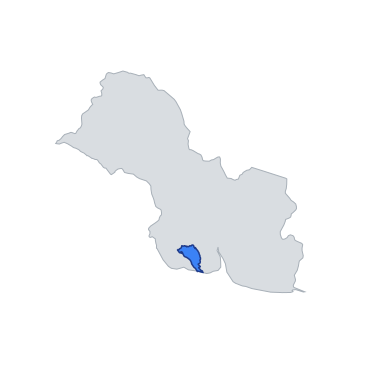 V-1 Mahaica/Mahaicony, Mahaica-Berbice, Guyana (highlighted), rotated 146°
{"feature_id": "73187651B37503921444880", "entity_name": "V-1 Mahaica/Mahaicony", "entity_type": "district", "adm_level": 2, "iso_a3": "GUY", "parent_name": "Guyana", "parent_adm1": "Mahaica-Berbice", "projection": "robinson", "projection_center": [-57.895, 6.278], "detail": "fine", "context": "in_parent", "style": "filled", "palette": "blue", "viewbox_px": 384, "rotation_deg": 146, "n_neighbors": 0, "source": "geoboundaries", "source_scale": "gbopen_adm2", "svg_char_len": 6403}
<svg xmlns="http://www.w3.org/2000/svg" viewBox="0 0 384 384"><g transform="rotate(146 192 192)"><path d="M128.7,179.0L121.3,169.7L113.9,160.3L106.6,151.0L106.1,149.8L109.2,145.4L111.9,142.2L114.2,140.4L115.3,138.8L114.5,132.1L114.5,129.6L113.4,127.0L112.7,124.0L113.6,121.5L114.7,119.8L116.1,119.1L119.6,118.5L122.0,118.3L122.8,117.3L124.2,116.1L126.1,116.1L129.7,116.9L131.3,115.4L134.3,113.3L141.0,109.8L142.5,107.5L143.5,104.0L143.4,102.3L142.7,101.7L141.1,101.1L138.6,101.0L136.5,101.9L134.4,101.5L132.7,99.3L132.6,97.5L133.6,94.9L133.0,93.2L129.7,87.9L129.7,86.4L132.1,84.0L133.5,81.9L135.4,77.0L136.9,75.4L141.5,74.8L142.7,73.8L145.1,71.2L148.6,68.2L153.7,65.8L155.2,61.5L156.1,60.4L160.1,58.1L160.8,56.9L160.8,55.8L154.3,46.2L155.6,46.8L160.6,53.1L163.4,54.5L164.0,54.5L164.0,52.9L166.5,53.6L173.1,57.9L182.8,65.0L196.4,78.5L200.2,83.6L202.8,86.0L206.9,91.9L208.1,94.7L207.9,106.1L204.4,113.9L203.5,119.7L203.3,127.4L201.2,131.8L204.0,129.4L204.8,122.5L207.2,118.2L210.2,113.6L214.3,112.4L218.7,114.4L222.2,114.8L225.4,116.2L232.0,123.6L238.5,129.5L240.8,134.2L247.7,136.5L251.8,140.3L253.1,143.5L253.9,151.9L252.6,164.6L252.9,165.3L251.1,167.8L250.7,169.4L249.5,172.2L248.6,173.7L250.0,177.3L251.5,177.4L252.1,177.9L252.5,178.5L252.4,179.3L251.8,180.0L250.3,180.8L248.9,182.8L249.1,185.1L248.2,186.2L245.3,186.9L239.8,186.9L237.0,187.0L234.9,187.4L233.4,188.9L231.6,189.9L230.2,190.1L228.9,191.8L227.7,194.2L228.1,195.8L229.4,198.0L230.1,200.2L229.1,203.8L228.0,206.6L227.4,208.8L226.5,212.9L224.4,217.4L222.8,219.9L222.8,222.7L223.6,226.7L228.0,232.4L229.4,235.2L230.6,239.6L234.5,243.1L237.0,245.9L236.8,249.6L237.1,250.8L238.7,251.7L240.5,252.4L242.6,252.4L244.4,252.1L244.9,251.5L249.1,251.5L249.6,252.4L249.9,257.8L250.0,259.9L251.1,260.8L251.7,262.1L251.7,263.3L251.9,266.3L252.5,267.9L252.4,271.1L252.9,272.3L254.1,273.1L255.5,275.4L256.1,275.6L256.4,276.5L257.7,279.7L258.3,280.7L258.8,280.8L259.0,282.0L259.9,285.0L260.5,285.8L261.7,288.0L262.2,290.4L263.8,293.2L265.4,295.1L266.1,297.1L268.2,301.6L270.2,304.7L272.9,305.5L275.1,305.9L276.5,307.1L277.9,308.4L276.4,309.0L275.1,309.8L273.2,309.2L270.7,309.5L268.0,310.4L265.5,310.9L260.9,309.5L259.4,309.3L258.5,308.7L256.5,305.9L255.6,305.6L253.1,306.9L250.1,307.8L248.7,307.6L246.9,308.5L245.3,309.8L242.3,315.1L240.7,317.0L239.0,317.9L235.5,317.9L231.9,318.0L229.2,319.3L226.6,320.0L225.3,320.1L224.9,323.0L224.3,324.4L223.5,325.2L221.5,325.4L219.8,325.3L218.7,324.1L216.7,323.5L214.9,323.0L213.7,322.3L212.8,322.5L212.0,323.7L211.4,324.8L210.9,326.7L208.2,327.3L207.0,328.4L207.7,332.0L207.4,333.4L206.8,334.5L203.5,334.8L200.7,334.7L199.1,336.0L197.1,337.6L195.9,337.8L194.5,337.8L192.6,336.0L190.8,333.7L186.2,332.2L181.6,330.9L178.6,327.4L177.9,325.7L176.5,324.9L172.9,320.7L170.9,318.0L168.8,317.3L166.3,316.2L166.4,314.3L166.3,312.4L165.2,311.6L163.7,311.1L163.2,310.1L163.3,307.6L163.6,301.3L163.2,295.3L159.9,293.2L158.5,291.7L156.0,282.8L154.9,278.7L154.8,275.8L155.6,266.8L156.6,263.0L159.1,255.2L160.6,252.6L160.7,250.6L160.5,248.1L159.8,243.1L164.1,240.0L165.9,238.7L166.2,236.6L168.5,233.9L169.6,231.4L170.4,229.4L170.2,228.3L169.2,227.7L168.0,225.8L165.5,220.4L164.6,219.3L163.9,217.7L164.2,215.3L165.2,212.7L165.1,211.6L163.6,210.2L160.5,207.9L158.0,207.7L156.0,206.8L153.1,206.7L150.8,206.5L149.5,205.6L149.8,204.1L150.3,203.0L152.3,200.3L153.6,197.3L153.8,194.5L154.2,190.7L154.7,187.5L155.0,183.8L152.0,181.3L151.0,179.3L149.7,177.6L148.4,177.6L146.3,176.8L143.0,179.1L140.4,178.7L138.6,179.6L134.5,179.4L131.9,178.3L128.7,179.0Z" fill="#d9dde1" stroke="#a8b0b8" stroke-width="1"/><path d="M220.8,147.2L220.9,147.5L221.2,147.7L221.4,147.9L221.7,148.0L222.1,148.0L222.6,147.9L222.9,147.8L223.2,148.0L223.5,148.3L223.8,148.6L224.2,148.7L224.5,148.6L224.8,148.5L225.2,148.6L225.6,148.7L225.8,149.0L226.0,149.3L226.3,149.5L226.6,149.4L226.9,149.4L227.1,149.7L227.1,150.2L227.2,150.6L227.5,150.6L227.9,150.8L228.0,151.2L228.2,151.6L228.5,151.8L228.9,151.8L229.2,151.9L229.5,152.0L229.8,152.2L230.1,152.6L230.3,153.0L230.6,153.1L230.9,152.9L231.1,152.6L231.3,152.4L231.5,152.2L231.9,151.9L232.2,151.8L232.5,151.7L232.9,151.7L233.3,151.8L233.7,151.8L234.1,151.8L234.5,151.7L234.8,151.5L235.1,151.6L235.4,151.8L235.8,152.1L236.1,152.0L236.4,152.0L236.5,151.7L236.5,151.3L236.4,150.9L236.3,150.6L236.3,150.2L236.4,149.8L236.3,149.4L236.3,149.1L236.3,148.7L236.0,148.4L235.8,148.1L235.5,147.9L235.3,147.7L235.1,147.4L235.1,147.7L235.0,148.2L234.9,148.5L234.6,148.6L234.3,148.5L234.1,148.2L233.9,147.8L233.8,147.5L233.8,147.1L234.0,146.7L234.1,146.3L234.1,145.9L234.1,145.5L234.2,145.1L234.2,144.7L234.3,144.2L234.4,143.7L234.4,143.3L234.3,142.9L234.2,142.5L234.0,142.3L233.8,141.9L233.6,141.6L233.3,141.3L233.2,141.0L232.9,140.5L232.7,140.0L232.6,139.7L232.4,139.3L232.3,138.9L232.2,138.5L232.0,138.1L231.9,137.8L231.8,137.5L231.7,137.1L231.7,136.7L231.7,136.4L231.6,135.8L231.7,135.3L231.8,134.6L231.9,134.2L232.0,133.5L232.2,133.1L232.5,132.8L232.5,132.3L232.5,131.9L232.5,131.5L232.5,131.0L232.5,130.5L232.5,130.1L232.5,129.7L232.5,129.1L232.5,128.7L232.4,128.2L232.3,127.9L232.1,127.4L231.9,126.9L231.9,126.5L231.9,126.2L231.9,125.6L232.0,125.2L232.0,124.6L232.0,124.1L232.0,123.9L231.9,124.0L231.8,123.6L231.6,123.3L231.2,122.8L230.7,122.4L228.8,120.2L228.8,120.3L228.3,119.7L228.0,119.6L227.9,119.5L227.8,120.0L227.6,120.4L227.6,120.7L227.7,121.0L228.0,121.3L228.2,121.7L228.3,122.1L228.4,122.4L228.5,122.8L228.5,123.3L228.6,123.7L228.6,124.1L228.7,124.5L228.8,124.8L228.8,125.2L228.7,125.6L228.4,125.7L228.1,125.6L227.7,125.4L227.2,125.4L226.8,125.7L226.8,126.0L227.0,126.4L227.1,126.7L227.1,127.0L227.2,127.4L227.1,127.8L227.3,128.3L227.2,128.7L226.9,128.8L226.5,128.8L226.1,128.7L225.7,128.6L225.4,128.6L225.0,128.7L224.7,128.9L224.5,129.2L224.2,129.6L223.9,129.9L223.8,130.3L223.7,130.7L223.6,131.1L223.2,131.3L222.9,131.3L222.6,131.5L222.5,131.8L222.2,132.1L221.9,132.4L221.8,132.7L221.7,133.2L221.7,133.7L221.5,134.1L221.3,134.4L221.0,134.9L221.0,135.2L220.9,135.7L220.8,136.0L220.7,136.4L220.6,136.8L220.6,137.1L220.4,137.5L220.2,137.9L220.2,138.3L220.2,138.7L220.3,139.1L220.2,139.5L220.1,139.9L220.1,140.4L220.2,140.8L220.2,141.3L220.3,141.8L220.3,142.2L220.3,142.7L220.3,143.0L220.3,143.4L220.6,143.2L220.9,143.3L221.1,143.7L220.9,144.0L220.9,144.4L221.0,144.8L221.1,145.2L221.1,145.5L220.9,145.8L220.8,146.1L220.7,146.5L220.7,146.9L220.8,147.2Z" fill="#3b82f6" stroke="#1e3a8a" stroke-width="1.5"/></g></svg>